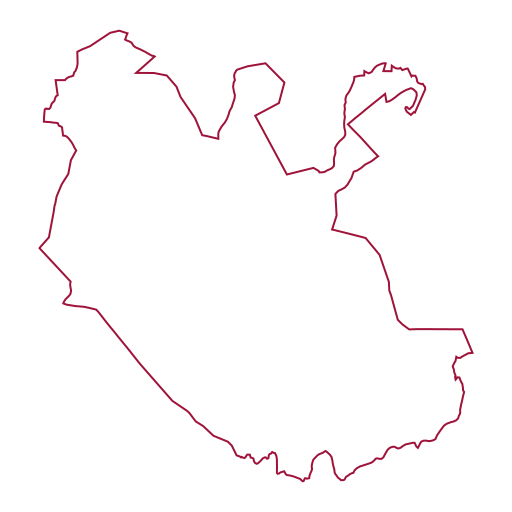 the district of Larráinzar, Chiapas, Mexico
{"feature_id": "50627088B14622530050765", "entity_name": "Larráinzar", "entity_type": "district", "adm_level": 2, "iso_a3": "MEX", "parent_name": "Mexico", "parent_adm1": "Chiapas", "projection": "natural_earth1", "projection_center": [-92.767, 16.928], "detail": "fine", "context": "isolated", "style": "outline", "palette": "rose", "viewbox_px": 512, "rotation_deg": 0, "n_neighbors": 0, "source": "geoboundaries", "source_scale": "gbopen_adm2", "svg_char_len": 5861}
<svg xmlns="http://www.w3.org/2000/svg" viewBox="0 0 512 512"><path d="M422.7,83.8L421.5,84.1L419.2,83.3L418.0,82.7L417.2,81.4L416.6,78.2L415.4,75.8L412.2,75.6L411.5,76.4L407.8,68.6L407.6,68.5L405.7,68.9L402.3,70.1L401.9,69.6L400.4,67.9L399.6,68.4L398.0,68.6L395.9,68.3L393.3,66.8L391.8,65.7L391.5,71.2L383.4,71.1L385.7,63.5L385.7,63.3L384.8,63.2L381.9,63.6L377.0,65.7L375.0,67.4L373.1,69.8L371.5,72.1L368.7,73.3L365.6,71.9L364.4,71.1L364.2,75.5L360.0,75.7L354.3,76.9L354.2,79.2L353.5,82.0L352.3,84.8L351.3,87.3L349.5,91.1L348.2,93.1L346.4,95.5L345.4,99.0L345.7,102.5L344.5,105.1L344.9,108.8L344.3,113.3L344.9,117.1L344.3,120.8L344.1,123.8L344.3,127.7L345.2,131.4L345.3,134.7L344.1,137.1L342.0,139.1L339.7,141.1L337.0,144.4L335.1,147.8L335.3,150.0L335.4,153.3L334.3,156.9L333.9,159.2L334.1,164.1L333.8,166.1L332.0,168.1L329.7,169.3L327.1,170.4L324.9,171.8L322.5,172.3L319.5,172.4L318.5,170.8L313.4,167.9L286.9,174.5L255.2,115.7L278.9,103.1L284.4,82.5L265.5,63.3L247.5,66.3L237.1,69.7L236.0,70.8L235.6,71.9L234.6,73.4L234.1,75.8L234.3,77.3L234.9,80.2L233.7,82.5L233.1,86.8L234.1,92.4L234.9,95.0L234.6,98.4L232.5,104.6L231.9,106.9L230.7,109.0L229.4,111.6L228.5,114.9L226.9,119.0L224.8,122.6L222.8,125.0L221.2,127.2L219.6,130.0L218.7,131.7L218.3,133.8L218.3,138.8L206.0,135.9L202.2,135.2L195.1,118.3L180.5,96.9L176.5,86.7L166.8,75.5L154.0,73.0L136.2,72.9L154.7,56.5L153.7,56.0L152.8,55.8L151.7,55.6L150.3,54.8L148.8,54.0L145.3,51.9L140.5,49.5L135.7,47.4L133.6,45.9L131.5,42.6L129.0,41.3L126.8,40.5L125.1,39.6L126.7,35.1L127.5,33.3L121.1,31.3L120.3,31.0L119.2,30.7L110.2,32.8L90.0,46.2L82.1,49.4L77.3,51.8L77.6,62.8L77.4,65.0L77.0,67.0L76.6,67.9L76.6,68.6L76.1,69.2L75.7,70.7L74.7,71.7L74.1,72.6L74.1,73.0L73.9,73.4L73.5,74.9L73.2,75.2L73.2,75.7L72.6,75.9L71.4,76.4L70.0,76.7L68.7,77.1L67.4,77.9L66.1,78.9L65.0,80.1L55.6,80.1L57.7,95.3L56.5,95.9L55.9,96.5L55.6,97.1L55.3,98.0L54.9,98.7L54.7,99.4L54.6,100.2L54.5,100.6L54.3,101.0L53.7,101.6L53.0,102.2L52.2,103.0L51.8,103.5L51.7,103.7L51.5,104.4L50.9,105.6L50.8,106.0L50.8,106.5L50.7,106.8L50.4,107.6L49.8,108.4L49.0,109.0L46.8,108.7L46.7,108.9L46.3,108.7L46.0,108.6L45.6,108.7L45.2,109.0L44.7,109.7L44.1,116.2L43.9,121.7L51.3,122.2L51.7,122.4L52.3,122.5L56.1,122.8L56.7,122.9L57.3,123.1L57.7,123.1L57.9,123.3L58.0,123.8L58.7,125.3L59.0,125.7L59.3,126.0L60.4,126.2L60.8,126.4L62.0,127.3L63.1,135.6L65.0,135.8L65.7,136.1L67.2,136.9L69.2,139.1L71.7,142.4L73.3,145.2L74.2,147.2L76.2,150.5L70.9,160.2L68.3,173.9L61.8,184.2L61.3,185.3L56.6,196.5L55.2,203.9L54.5,205.9L54.1,209.1L53.5,212.9L48.9,237.4L41.3,245.9L39.6,247.9L39.5,248.2L70.6,281.6L70.1,284.4L70.5,287.5L71.1,290.9L70.4,294.0L69.3,295.5L65.6,299.2L63.9,301.8L63.3,303.4L66.4,304.6L75.5,306.1L79.6,306.4L83.9,306.8L88.8,307.8L96.2,309.6L98.6,312.2L103.8,318.9L105.2,320.7L106.6,322.5L110.9,327.8L114.5,332.1L118.6,337.3L128.2,349.0L135.3,358.0L140.0,363.9L172.4,400.9L187.1,410.9L189.3,412.9L195.7,421.4L203.2,426.1L213.5,435.8L227.9,441.7L231.8,445.6L236.6,455.4L239.6,456.4L241.0,457.4L241.6,456.9L243.1,457.7L244.6,458.0L245.5,457.2L246.4,455.7L247.3,454.6L249.9,454.7L250.1,455.8L250.7,457.6L252.0,457.8L253.4,458.5L254.0,461.3L255.2,463.1L256.9,463.8L258.3,463.0L260.6,460.9L262.7,458.5L264.6,457.4L265.1,457.3L265.9,457.5L266.9,458.7L267.2,458.7L268.4,458.2L268.8,455.3L269.5,454.1L271.1,453.5L272.0,452.1L272.4,452.0L273.3,452.8L275.0,453.1L276.1,455.4L276.4,456.2L276.8,458.5L276.9,461.1L277.0,466.6L276.9,473.0L277.7,473.8L279.0,473.5L280.4,472.4L281.6,472.1L283.1,471.6L284.2,471.3L285.9,474.4L287.1,475.1L290.0,475.5L293.5,476.4L300.3,479.0L301.9,480.7L303.0,481.3L303.8,480.8L304.5,479.0L305.0,478.2L305.9,478.3L306.7,478.7L309.2,478.2L309.5,475.8L310.5,473.0L311.5,470.9L312.1,468.9L311.7,466.9L311.9,464.7L312.5,462.1L313.4,459.6L317.4,455.4L319.2,454.2L322.7,452.8L325.5,451.0L327.1,452.1L330.0,454.8L331.5,456.9L332.4,460.7L332.8,463.5L333.4,466.3L334.3,469.4L334.6,472.4L335.2,473.8L336.8,475.9L337.9,477.6L339.8,479.0L340.9,480.1L343.6,480.1L344.6,479.5L346.0,476.9L348.7,475.2L349.9,474.1L351.7,473.3L353.4,472.8L354.6,470.3L356.7,468.3L359.8,466.5L367.6,464.0L371.1,462.8L373.0,461.6L374.3,460.3L375.7,458.7L377.0,458.3L379.2,458.8L381.4,458.9L383.4,457.3L384.8,454.6L387.6,449.8L389.8,447.8L392.5,446.8L394.8,446.8L396.3,447.8L398.3,448.5L400.5,447.8L403.2,445.8L405.7,444.4L412.8,442.8L414.6,442.8L416.3,446.4L417.9,447.9L419.0,445.8L419.9,443.8L421.3,441.6L423.5,440.7L426.1,440.6L428.1,441.1L430.5,441.0L433.2,440.3L435.4,439.1L437.1,435.3L440.0,431.0L444.0,425.6L446.8,423.7L451.1,422.1L453.0,421.7L455.9,420.5L458.1,418.5L458.8,415.9L459.9,414.0L460.2,412.6L460.1,409.8L461.3,403.8L462.1,400.6L462.9,396.7L464.1,392.0L463.0,390.1L463.0,388.2L462.8,387.0L462.3,383.8L461.1,381.8L460.1,379.5L459.4,377.5L457.2,377.3L456.5,378.7L455.6,379.6L455.1,377.0L455.5,375.4L454.3,372.6L454.1,371.0L453.7,369.0L452.7,366.6L453.4,364.8L454.2,363.1L455.5,361.0L456.3,356.8L457.9,357.9L460.2,357.9L462.3,356.5L468.4,353.2L470.6,353.1L472.5,352.9L467.5,340.9L462.5,329.3L418.3,329.1L409.2,329.4L402.4,324.4L397.8,319.8L391.0,295.1L389.3,290.5L388.9,282.0L379.6,254.9L365.6,238.0L358.4,236.1L332.1,229.5L336.6,215.6L335.4,193.9L338.2,191.0L339.9,190.1L341.7,189.3L344.9,187.5L345.6,186.7L347.4,184.8L348.9,182.3L350.3,179.8L351.2,178.7L353.7,171.7L357.4,170.4L359.8,168.8L361.1,168.0L365.2,164.5L366.2,164.0L369.3,162.4L370.4,161.9L373.2,160.0L375.6,158.0L378.1,156.3L374.2,152.3L360.5,137.2L352.1,128.7L347.9,124.3L355.6,117.8L361.4,113.2L366.2,109.1L385.1,93.9L386.5,101.9L389.4,101.2L392.1,99.6L395.4,97.2L397.8,95.2L400.9,92.9L403.5,91.4L406.3,89.9L411.0,88.2L413.5,89.4L416.4,92.3L416.8,95.4L416.2,97.5L415.4,100.3L414.6,102.0L413.0,105.8L409.6,109.1L408.4,108.6L407.0,107.1L405.8,107.1L405.3,108.6L406.8,111.7L410.9,114.9L413.9,112.1L414.9,112.6L425.2,89.4L425.0,86.9L424.3,86.2L422.7,83.8Z" fill="none" stroke="#9f1239" stroke-width="2"/></svg>